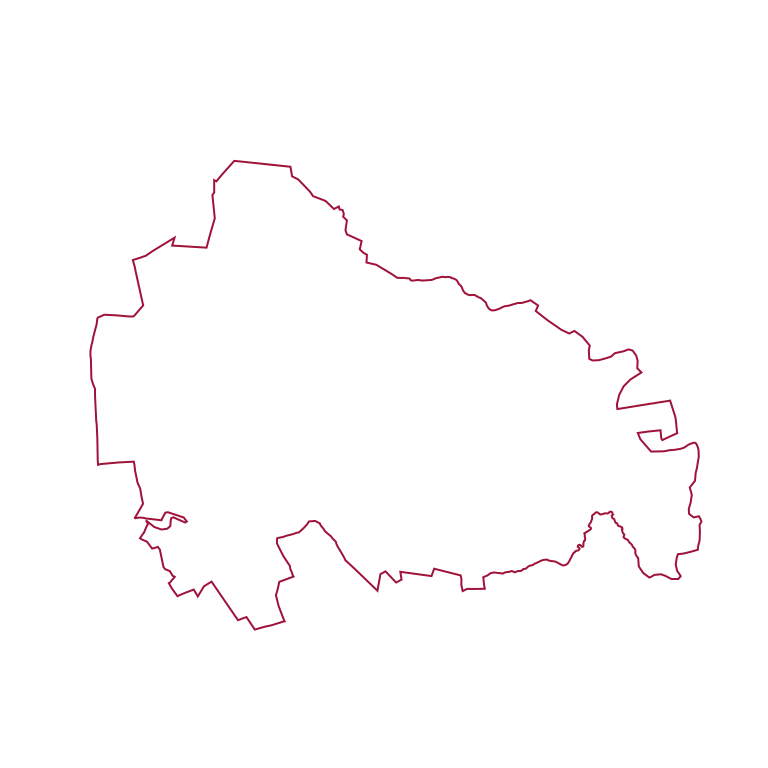 Ixtacomitán, Chiapas, Mexico (Natural Earth projection), rotated 79°
{"feature_id": "50627088B13512547734143", "entity_name": "Ixtacomitán", "entity_type": "district", "adm_level": 2, "iso_a3": "MEX", "parent_name": "Mexico", "parent_adm1": "Chiapas", "projection": "natural_earth1", "projection_center": [-93.084, 17.427], "detail": "fine", "context": "isolated", "style": "outline", "palette": "rose", "viewbox_px": 768, "rotation_deg": 79, "n_neighbors": 0, "source": "geoboundaries", "source_scale": "gbopen_adm2", "svg_char_len": 6148}
<svg xmlns="http://www.w3.org/2000/svg" viewBox="0 0 768 768"><g transform="rotate(79 384 384)"><path d="M573.9,100.1L574.1,105.4L569.7,109.3L564.9,108.7L558.6,105.5L551.5,103.0L543.9,103.6L538.4,97.2L530.7,95.0L526.1,92.8L522.1,91.4L515.3,88.8L513.3,88.6L510.0,88.0L507.2,87.9L504.7,88.2L502.0,89.0L501.2,89.6L500.7,91.5L501.0,93.2L501.4,95.7L502.0,97.5L503.7,101.5L504.0,103.3L504.2,105.4L504.1,110.8L503.5,116.0L503.5,121.8L501.3,134.7L487.1,142.9L480.5,144.2L481.1,133.6L482.2,121.4L490.3,122.2L492.1,121.5L488.2,105.6L483.0,105.2L477.7,104.6L472.0,104.3L454.9,106.3L454.7,113.0L454.4,119.9L454.4,123.2L454.2,125.7L453.2,157.6L453.1,159.7L452.9,159.7L448.5,159.3L439.4,155.1L432.0,149.2L426.6,141.3L421.8,129.1L416.8,132.4L409.9,130.6L404.2,131.0L398.6,133.6L396.7,137.4L397.6,142.7L397.8,151.4L400.5,156.0L401.2,162.6L401.6,168.6L400.7,174.8L398.5,177.7L390.0,176.5L385.5,174.7L375.6,180.1L368.2,187.0L369.8,192.5L364.6,199.6L352.4,211.5L341.3,221.1L336.4,217.7L329.7,224.2L330.1,226.0L330.7,232.6L330.6,234.2L330.0,237.6L330.3,239.7L330.3,241.1L330.7,244.4L330.9,246.4L330.7,250.8L331.0,252.5L331.9,255.5L332.2,257.0L332.7,260.5L332.7,262.2L332.4,263.9L331.4,265.5L330.2,266.5L328.7,267.3L325.9,268.2L324.0,268.3L323.2,268.7L321.5,270.0L320.4,270.7L318.2,272.6L316.7,274.9L315.0,276.8L313.9,278.1L313.5,279.7L313.2,282.8L312.6,284.0L311.6,285.5L310.6,286.5L310.1,287.3L307.8,288.3L305.6,288.9L304.1,289.1L303.3,289.4L301.6,290.2L299.9,291.6L298.2,291.9L295.8,293.0L294.7,294.2L293.5,295.9L293.0,297.4L291.9,298.2L291.0,300.8L290.9,303.2L289.9,306.1L290.1,313.3L290.7,315.6L290.9,317.6L290.7,319.4L289.8,326.5L288.3,331.0L288.2,333.8L287.8,337.2L286.9,338.2L285.7,338.5L284.9,339.9L284.5,341.8L283.6,344.2L283.1,347.2L282.3,350.7L277.4,355.6L265.5,368.8L261.4,378.0L253.8,376.1L251.5,379.0L247.2,382.1L239.4,378.7L230.1,391.8L225.8,392.5L216.3,389.2L212.0,392.2L209.5,391.0L207.0,391.2L205.3,391.5L204.2,394.3L201.1,394.5L202.7,399.7L193.1,406.5L186.1,417.8L181.3,419.8L166.9,429.1L162.6,434.6L152.9,434.4L136.4,488.4L147.0,502.4L153.1,509.9L151.5,511.8L163.5,514.1L165.9,516.4L189.1,518.5L203.2,525.8L216.3,532.2L207.7,565.5L200.4,561.7L209.3,585.6L212.8,593.7L212.9,595.5L213.4,598.4L214.4,606.9L221.7,606.3L226.7,606.3L260.9,605.4L269.4,616.2L269.9,617.2L269.1,621.3L265.6,633.4L262.6,645.5L263.6,649.3L264.0,651.8L264.8,652.8L270.8,654.8L280.2,659.4L282.1,660.3L288.1,662.7L289.7,663.6L295.1,665.7L299.1,666.6L304.4,667.1L322.8,670.2L328.3,669.7L333.5,668.6L340.4,669.9L356.7,672.3L358.6,672.5L364.8,673.5L368.5,673.7L382.8,675.8L401.1,679.0L403.1,679.4L408.8,680.1L408.5,677.7L410.4,659.3L412.5,644.4L415.6,644.4L421.8,644.9L428.5,644.8L433.6,644.8L440.1,643.3L447.9,643.5L455.6,643.4L462.2,649.1L468.6,654.7L468.3,654.3L468.4,649.5L469.7,645.0L470.4,643.9L470.8,642.6L475.3,628.4L473.8,627.5L468.6,623.2L468.6,620.7L476.8,606.1L481.3,603.8L482.0,605.7L474.6,616.3L475.3,618.7L479.2,620.0L480.4,620.2L482.7,620.9L484.7,624.3L484.4,630.2L480.6,636.7L472.5,643.7L476.2,642.4L476.6,642.6L479.4,644.9L483.7,647.7L484.4,648.3L484.8,648.9L488.9,653.0L490.5,651.2L493.6,646.7L499.1,644.1L501.3,643.0L501.0,638.9L500.7,637.1L503.9,635.6L521.6,635.4L524.0,634.2L526.7,630.0L531.9,628.1L533.3,626.2L533.6,626.4L536.2,629.8L537.9,631.7L538.4,633.2L544.1,631.3L552.9,627.2L552.4,625.5L551.0,618.8L549.5,610.0L557.0,607.3L548.2,599.3L545.1,591.0L588.0,572.4L586.5,563.5L600.4,557.7L599.5,547.2L599.4,540.8L598.1,529.1L598.0,526.8L597.3,527.1L582.0,529.8L570.6,530.4L566.8,528.3L558.2,524.5L555.8,509.5L553.1,510.4L552.3,510.2L547.5,511.3L544.7,511.1L533.5,515.7L520.2,519.5L515.5,518.5L515.0,518.2L514.9,517.8L514.9,512.3L514.3,508.2L514.0,501.8L513.4,498.7L513.4,495.7L509.9,490.1L507.2,486.4L504.6,483.9L505.3,477.7L508.6,473.6L510.8,473.1L512.7,472.1L514.5,471.0L516.8,470.3L518.9,468.8L523.5,465.0L525.7,464.1L527.9,462.5L529.7,461.4L532.6,461.1L535.1,460.4L537.8,459.3L546.8,456.2L550.1,455.4L550.4,454.9L563.0,445.8L585.7,429.9L570.0,423.8L568.2,418.3L581.2,410.0L579.4,404.1L571.5,403.8L581.6,374.0L574.9,370.0L586.5,345.3L590.2,345.2L595.9,346.4L602.3,346.3L601.0,341.5L602.7,333.1L604.2,324.1L599.9,324.1L592.6,323.4L591.6,318.8L590.0,315.4L590.0,312.0L592.0,305.6L592.8,303.6L592.1,301.6L592.1,298.9L592.3,296.5L591.9,295.0L592.6,293.1L593.8,291.8L593.7,290.7L593.2,289.0L593.6,285.4L593.0,283.8L592.2,282.4L592.4,280.7L592.2,279.8L591.5,278.6L590.7,277.3L590.2,275.9L590.2,274.0L590.0,272.2L589.2,270.8L588.9,269.0L587.3,262.9L587.1,260.1L587.6,257.2L588.8,256.0L589.3,254.3L589.9,253.3L590.3,251.4L591.4,249.1L594.7,245.1L595.9,243.5L596.4,242.7L596.2,240.5L595.9,239.0L595.4,238.0L593.0,235.7L591.1,234.4L590.0,233.2L588.8,232.5L587.7,231.8L586.8,230.8L585.9,230.1L585.6,228.9L584.9,228.5L584.4,227.0L584.5,226.0L584.4,225.2L583.8,224.1L583.3,223.6L582.9,223.4L582.0,223.7L580.7,224.9L579.7,224.4L579.3,224.0L579.2,222.6L579.9,221.7L581.2,221.1L581.7,220.5L581.5,219.4L580.7,219.1L578.8,218.8L576.3,217.6L575.8,216.5L574.6,216.1L573.2,215.9L572.0,216.1L570.1,215.6L568.8,215.9L567.3,211.6L566.1,209.0L565.5,208.4L564.4,208.5L563.6,209.4L562.8,210.0L562.1,210.1L561.4,209.6L558.9,207.1L557.4,206.4L556.3,205.5L555.5,205.2L554.2,205.2L553.2,204.9L552.4,204.1L551.7,202.5L550.5,200.6L550.5,199.3L552.4,197.4L553.4,196.7L553.4,193.8L553.1,192.8L553.2,191.2L553.6,190.0L553.7,188.7L553.2,187.6L552.5,186.9L552.7,185.4L553.6,184.4L555.5,184.5L555.9,184.1L556.8,185.6L557.3,185.7L559.1,185.4L560.7,183.7L561.8,183.7L564.2,183.2L565.0,182.5L565.1,181.9L566.0,181.5L567.1,181.5L568.2,180.8L568.7,179.5L569.8,178.2L570.2,177.6L572.0,177.6L572.1,178.3L574.9,178.1L576.1,177.8L577.7,176.8L579.0,177.5L579.8,178.1L580.8,177.7L582.4,176.1L583.0,175.0L584.1,174.1L586.2,173.5L587.6,172.3L589.6,171.1L591.2,170.9L592.6,169.9L594.7,168.9L596.2,169.2L597.5,169.5L599.2,169.5L600.9,168.9L602.3,168.3L603.3,167.7L611.7,168.7L619.0,165.6L624.6,160.5L624.2,158.5L623.0,155.0L623.6,148.5L626.1,144.3L630.2,139.2L631.6,132.4L629.2,129.4L623.2,131.9L616.9,132.1L610.2,129.7L607.1,127.9L607.6,122.5L607.2,114.4L606.6,107.6L603.9,106.9L597.6,104.0L589.5,102.1L582.4,101.1L579.7,98.6L577.0,99.1L573.9,100.1Z" fill="none" stroke="#9f1239" stroke-width="2"/></g></svg>